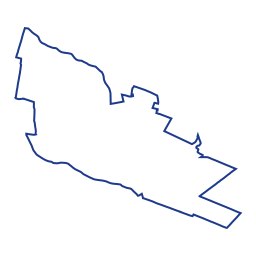 Ciumesti, Satu Mare, Romania (Equal Earth projection)
{"feature_id": "2599482B43227453478465", "entity_name": "Ciumesti", "entity_type": "district", "adm_level": 2, "iso_a3": "ROU", "parent_name": "Romania", "parent_adm1": "Satu Mare", "projection": "equal_earth", "projection_center": [22.322, 47.684], "detail": "fine", "context": "isolated", "style": "outline", "palette": "blue", "viewbox_px": 256, "rotation_deg": 0, "n_neighbors": 0, "source": "geoboundaries", "source_scale": "gbopen_adm2", "svg_char_len": 5482}
<svg xmlns="http://www.w3.org/2000/svg" viewBox="0 0 256 256"><path d="M235.9,168.9L228.5,165.8L226.7,165.1L222.9,163.5L213.1,159.4L212.8,159.4L210.4,158.3L208.2,157.4L207.9,157.3L205.7,157.1L200.9,157.1L201.2,156.9L201.6,156.8L201.9,156.6L202.2,156.4L202.4,156.1L202.6,155.7L202.7,155.3L202.6,155.1L202.6,154.9L202.3,154.8L201.7,154.5L201.0,154.2L200.5,154.1L200.0,153.8L198.2,152.6L197.8,152.3L197.6,151.9L197.6,151.7L197.9,150.8L198.3,149.8L198.3,149.4L198.2,149.1L198.0,148.9L197.6,148.7L196.6,148.1L196.3,147.8L196.3,147.6L196.3,147.2L196.5,146.8L196.7,146.5L197.0,146.2L197.5,145.9L198.0,145.7L198.5,145.6L199.0,145.6L199.3,145.4L200.4,143.9L200.6,143.6L200.6,143.4L200.6,142.9L200.6,142.5L199.4,139.5L198.6,137.0L197.9,135.0L197.7,135.7L197.5,136.3L197.5,136.8L197.7,137.1L197.7,137.6L197.6,138.1L197.3,138.8L196.8,139.5L196.4,140.3L195.9,141.3L195.7,141.6L195.2,142.1L194.6,142.6L193.9,143.0L193.2,143.4L192.8,143.7L191.9,144.1L164.3,131.1L165.9,128.2L171.4,118.5L159.7,114.0L159.3,114.0L157.2,113.3L156.4,113.0L156.5,112.8L156.9,110.0L157.0,109.9L157.6,110.1L157.7,109.2L152.6,108.0L154.4,103.0L154.5,102.8L154.8,102.8L158.1,103.7L158.3,102.4L158.0,99.5L157.2,95.6L156.8,95.4L150.9,92.5L144.7,89.9L134.0,86.2L133.5,87.1L132.5,88.2L132.0,90.4L131.5,94.7L132.8,94.5L133.0,96.1L131.7,96.4L130.7,96.6L129.7,96.5L128.8,96.4L126.0,95.5L121.9,94.6L123.5,101.5L120.8,102.1L116.9,102.8L115.5,103.1L110.7,103.9L110.5,93.7L110.4,92.8L110.0,91.2L109.6,89.7L109.2,88.6L108.8,87.8L108.3,87.1L105.6,83.3L105.1,82.5L104.1,80.0L103.9,78.9L103.8,78.1L103.7,77.2L103.4,75.5L103.2,75.1L103.0,74.3L101.6,71.8L101.4,71.8L100.8,71.5L100.3,71.1L96.2,67.2L95.8,66.8L95.4,66.6L91.9,65.8L90.3,65.3L88.7,64.7L88.1,64.3L87.7,64.0L86.9,63.4L86.1,63.0L85.2,62.6L82.8,61.4L82.0,60.9L81.3,60.7L79.0,60.5L78.1,60.3L77.1,59.9L76.2,59.5L75.6,58.9L74.8,58.2L74.3,57.6L72.4,55.0L71.8,54.3L71.3,54.0L70.6,53.7L68.6,53.3L65.8,52.9L65.1,52.9L64.3,52.7L62.6,52.4L61.3,52.0L60.5,51.6L59.4,50.9L58.4,50.1L57.5,49.2L56.6,48.5L55.8,48.2L55.0,48.0L54.3,48.0L53.3,47.9L52.5,47.7L50.2,46.9L47.9,46.0L45.0,44.3L44.2,43.9L43.1,43.5L42.5,43.2L41.8,42.8L41.0,42.1L40.4,41.4L39.7,40.3L39.2,39.3L38.7,37.9L38.4,37.1L38.0,36.7L37.5,36.1L36.7,35.5L35.7,34.8L34.4,34.0L32.4,32.5L30.6,30.7L29.7,29.9L29.1,29.3L28.2,28.5L26.1,28.3L24.9,28.1L24.1,30.6L22.9,34.3L22.5,35.8L21.9,38.1L21.0,41.4L20.3,43.6L19.2,47.2L18.3,50.1L17.8,52.2L16.8,55.0L16.2,57.3L18.5,57.9L19.6,58.2L21.1,58.6L21.1,59.9L21.0,61.3L20.8,62.4L20.5,63.4L21.1,65.0L20.8,66.4L20.6,67.9L20.5,68.8L20.4,69.7L20.1,71.3L20.0,72.1L19.9,73.4L19.6,74.4L19.4,75.7L19.2,77.0L19.0,77.9L18.9,78.7L18.5,80.9L18.1,82.9L17.7,85.3L17.4,87.7L16.9,90.0L16.7,91.3L16.4,93.6L15.9,96.6L15.7,97.4L15.4,97.8L16.2,98.5L18.6,99.1L19.5,99.1L21.6,98.9L22.6,98.7L23.0,98.6L23.7,98.7L23.7,98.9L24.8,99.1L27.1,99.8L32.1,101.5L33.8,102.0L33.9,103.1L33.9,104.3L33.9,104.9L33.9,105.8L33.8,106.4L33.9,107.5L34.4,108.8L34.5,109.1L34.5,109.8L34.5,110.5L34.5,112.0L34.4,115.4L34.2,119.4L34.1,121.0L34.4,121.6L34.6,122.2L34.8,123.7L35.1,125.7L35.1,126.2L35.3,127.6L35.4,127.9L35.7,129.7L35.8,131.0L35.8,131.8L35.7,132.4L35.7,133.1L35.7,133.9L35.7,134.1L35.9,134.4L34.2,134.8L32.2,134.6L29.8,134.3L26.3,133.7L26.3,134.7L26.3,134.9L27.4,137.0L28.6,139.4L29.6,141.5L31.6,145.5L32.8,148.7L33.1,149.5L33.5,150.4L33.8,150.8L35.6,153.2L35.8,153.6L36.9,154.8L37.5,155.2L39.3,156.4L41.2,157.6L43.6,159.1L44.2,159.4L44.9,159.8L46.9,160.7L47.5,160.9L48.6,161.3L49.5,161.4L51.3,161.8L51.6,161.8L52.7,162.6L53.2,162.9L53.5,163.0L54.1,163.1L55.9,163.2L56.5,163.3L58.2,163.2L59.0,163.0L60.4,162.7L61.5,162.7L63.8,162.8L65.9,163.0L66.3,163.1L67.2,163.4L68.2,163.7L68.5,163.9L68.9,164.3L69.8,165.1L70.7,165.7L71.1,166.0L72.9,167.6L73.8,168.2L74.3,168.6L74.8,169.0L76.8,170.0L79.1,171.1L80.9,172.0L82.7,173.5L83.4,174.1L84.7,174.8L89.8,177.4L91.8,178.3L92.6,178.7L94.0,179.2L94.9,179.5L96.8,179.8L99.7,180.2L102.0,180.5L103.3,180.7L105.4,181.2L106.8,181.6L107.5,182.0L108.5,182.4L109.9,182.9L111.5,183.4L112.8,183.6L114.0,183.8L115.6,183.9L116.9,184.0L117.8,184.1L118.9,184.3L119.1,184.3L119.6,184.3L120.1,184.4L120.6,184.7L120.9,184.8L121.2,185.1L121.7,185.6L121.9,185.8L122.3,186.1L122.7,186.3L123.5,186.5L124.8,187.1L125.0,187.2L126.2,187.6L127.0,187.9L128.1,188.1L129.1,188.3L129.9,188.4L130.2,188.6L130.7,188.7L131.1,188.9L131.4,189.1L131.7,189.3L132.6,190.3L133.7,191.4L135.5,193.1L136.1,193.6L136.6,194.1L138.0,195.8L138.9,195.5L139.5,195.2L141.8,193.8L142.7,196.9L143.0,198.2L143.6,198.3L144.2,198.5L148.8,200.1L150.8,200.8L152.5,201.4L155.4,202.7L157.6,203.6L161.4,204.9L164.6,206.1L169.4,207.8L171.5,208.6L175.5,210.1L178.8,211.3L179.3,211.4L180.8,212.0L180.7,212.1L184.0,213.3L186.5,214.2L190.3,215.6L192.6,216.1L193.5,214.5L197.0,215.9L199.3,216.8L202.1,217.9L203.9,218.6L205.7,219.4L208.6,220.6L210.5,221.4L213.1,222.4L214.1,222.8L217.7,224.3L219.6,225.1L221.9,226.1L223.0,226.6L224.9,227.3L225.2,227.4L226.6,227.9L226.9,227.9L227.1,227.7L229.1,225.6L230.3,224.3L231.1,223.4L233.3,221.0L235.2,219.0L236.9,217.2L239.0,214.8L239.4,214.4L240.6,213.1L237.0,211.7L233.5,210.2L231.0,209.1L223.9,206.2L214.6,202.4L203.9,198.0L199.8,196.4L199.6,196.2L203.3,193.4L205.0,192.2L207.2,190.5L208.5,189.5L211.1,187.6L213.1,186.1L214.5,185.1L216.5,183.6L217.0,183.2L217.4,182.7L217.9,182.4L218.5,182.0L219.3,181.5L220.7,180.3L222.0,179.4L223.8,178.1L225.7,176.6L226.8,175.7L228.6,174.3L229.4,173.8L229.6,173.6L230.4,172.9L232.1,171.6L233.6,170.5L235.2,169.4L235.9,168.9Z" fill="none" stroke="#1e3a8a" stroke-width="2"/></svg>